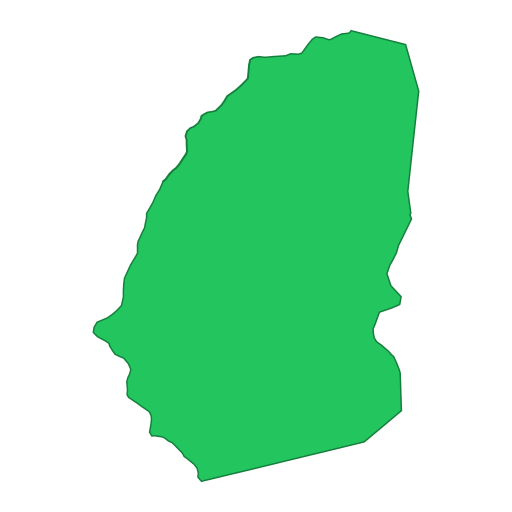 the district of Beida, Western Darfur, Sudan
{"feature_id": "16777658B9931993566109", "entity_name": "Beida", "entity_type": "district", "adm_level": 2, "iso_a3": "SDN", "parent_name": "Sudan", "parent_adm1": "Western Darfur", "projection": "albers", "projection_center": [21.993, 12.896], "detail": "fine", "context": "isolated", "style": "filled", "palette": "green", "viewbox_px": 512, "rotation_deg": 0, "n_neighbors": 0, "source": "geoboundaries", "source_scale": "gbopen_adm2", "svg_char_len": 3311}
<svg xmlns="http://www.w3.org/2000/svg" viewBox="0 0 512 512"><path d="M351.3,30.7L351.3,30.8L351.1,31.0L349.0,33.1L346.0,33.5L341.8,33.9L339.2,35.1L335.8,36.7L331.8,38.9L329.4,39.8L326.6,39.0L323.3,37.8L315.6,37.0L312.2,39.4L307.7,44.9L301.9,53.0L299.2,54.0L298.5,54.2L290.6,53.8L285.6,55.8L273.1,56.6L266.6,57.2L265.1,57.3L262.9,57.1L258.3,56.6L253.0,57.7L249.9,59.8L248.8,65.1L248.2,72.4L247.6,78.4L245.4,80.8L240.8,85.4L238.7,87.3L235.5,90.1L227.1,96.0L224.1,101.0L221.1,105.3L215.3,110.8L211.9,111.6L207.4,112.3L203.6,114.3L201.3,115.9L200.5,119.0L197.9,123.3L193.3,126.8L190.3,127.9L186.9,131.1L185.3,136.1L186.4,139.7L186.4,144.1L186.8,151.3L185.7,154.0L184.1,156.4L182.4,158.9L178.8,164.4L175.8,167.9L172.8,170.2L170.1,173.0L169.4,173.6L167.9,175.7L165.5,179.1L162.9,181.2L162.6,181.8L165.6,179.5L167.9,176.0L170.2,173.3L172.8,170.5L175.9,168.2L178.9,164.7L183.1,158.4L185.8,154.5L186.9,151.4L186.5,144.4L186.5,140.1L185.4,136.2L186.9,131.1L190.3,128.0L193.4,126.8L197.9,123.3L200.6,119.0L201.3,115.9L203.6,114.4L207.4,112.4L212.0,111.6L215.4,110.9L221.1,105.4L224.1,101.1L227.2,96.0L235.5,90.2L240.9,85.5L245.4,80.8L247.7,78.5L248.8,65.2L250.0,59.8L253.0,57.8L258.3,56.6L258.6,56.7L253.4,57.8L250.4,59.8L249.3,65.2L248.1,78.5L245.8,80.8L241.3,85.5L236.0,90.2L227.6,96.0L224.6,101.1L221.5,105.4L215.8,110.9L212.4,111.6L207.8,112.4L204.0,114.4L201.8,115.9L201.0,119.0L198.3,123.3L193.8,126.8L190.7,128.0L187.3,131.1L185.8,136.2L186.9,140.1L186.9,144.4L187.3,151.4L186.2,154.5L183.5,158.4L179.3,164.7L176.3,168.2L173.2,170.5L170.6,173.3L168.3,176.0L166.0,179.5L163.0,181.8L159.6,189.6L156.1,195.1L152.7,202.9L148.9,209.5L146.6,213.4L146.6,217.7L145.1,224.7L144.7,227.5L142.4,232.1L140.1,237.2L138.2,241.1L137.5,244.6L137.5,253.2L136.0,255.9L130.6,264.9L124.5,278.2L123.8,283.6L123.4,290.3L123.4,296.9L121.5,305.5L116.9,310.5L112.3,314.4L107.4,317.9L101.7,320.3L97.1,322.2L94.1,327.3L93.3,332.4L97.5,336.7L105.5,341.0L108.9,343.3L109.7,346.0L112.3,350.3L115.0,354.2L119.9,356.6L123.7,358.1L128.3,363.6L130.6,368.7L130.6,370.6L129.4,374.5L127.9,377.6L126.8,381.9L127.1,385.1L127.5,390.1L127.1,394.8L128.7,397.5L137.0,403.0L142.3,406.9L149.2,411.6L151.1,415.5L151.5,418.6L151.1,423.7L150.3,428.0L149.6,432.3L151.8,436.0L154.4,435.7L154.9,435.8L162.5,436.9L164.8,438.1L168.2,440.8L172.4,442.8L177.0,447.5L181.9,452.6L181.9,452.2L184.2,456.5L186.9,458.4L190.7,461.5L194.1,464.3L197.1,468.2L198.3,472.8L197.9,477.1L200.2,479.9L201.6,481.3L204.5,480.5L210.2,479.2L215.0,478.0L219.7,476.9L225.3,475.5L230.3,474.3L234.6,473.3L239.7,472.1L264.8,466.0L270.3,464.7L278.0,462.8L285.3,461.0L293.2,459.1L301.5,457.1L308.0,455.5L318.5,453.0L327.1,450.9L334.2,449.2L342.7,447.1L352.9,444.6L364.1,441.9L369.1,437.8L373.7,433.9L379.0,429.5L386.5,423.2L392.3,418.3L396.6,414.7L401.4,410.7L401.2,405.4L401.1,401.2L401.0,397.6L400.8,393.1L400.7,389.3L400.5,382.3L400.2,373.8L400.2,373.2L399.3,369.9L396.9,363.8L393.8,356.9L391.0,354.2L388.8,351.6L384.8,348.1L381.4,345.1L376.6,341.8L374.3,337.9L373.3,333.2L373.1,328.8L375.2,323.9L379.4,312.2L391.9,307.9L399.7,304.5L401.1,296.7L390.9,285.7L386.9,273.7L389.7,265.5L393.1,259.4L396.3,253.1L398.6,245.3L401.0,240.4L403.6,235.1L411.5,219.0L409.9,214.5L410.8,213.3L407.8,191.2L418.7,91.1L405.6,44.6L351.5,30.8L351.3,30.7Z" fill="#22c55e" stroke="#15803d" stroke-width="1.5"/></svg>